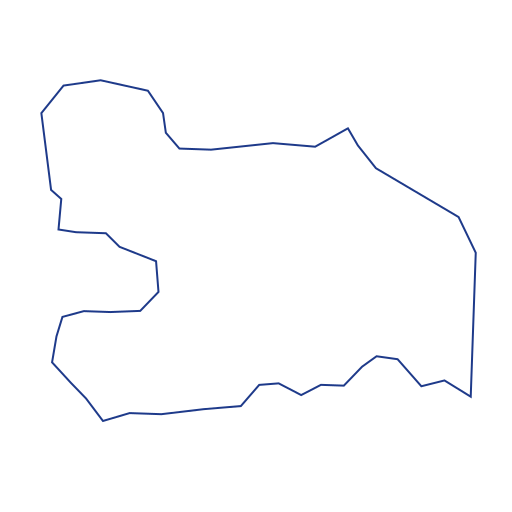 the border of Rabat, rotated 182°
{"feature_id": "MLT-5923", "entity_name": "Rabat", "entity_type": "state/province", "adm_level": 1, "iso_a3": "MLT", "parent_name": "Malta", "parent_adm1": "", "projection": "natural_earth1", "projection_center": [14.386, 35.882], "detail": "fine", "context": "isolated", "style": "outline", "palette": "blue", "viewbox_px": 512, "rotation_deg": 182, "n_neighbors": 0, "source": "natural_earth", "source_scale": "10m", "svg_char_len": 734}
<svg xmlns="http://www.w3.org/2000/svg" viewBox="0 0 512 512"><g transform="rotate(182 256 256)"><path d="M168.6,386.8L158.1,370.1L139.2,347.9L54.9,302.0L36.5,266.9L36.5,122.9L63.3,138.2L86.2,131.6L110.9,157.8L132.0,160.0L146.1,149.1L163.7,129.5L186.6,129.5L206.0,118.6L228.9,129.5L248.3,127.3L265.9,105.5L302.9,101.1L345.1,94.6L376.8,94.6L403.2,85.8L420.9,107.7L436.7,122.9L456.1,142.6L452.6,168.7L447.3,188.4L426.1,194.9L399.7,194.9L369.8,197.1L352.2,216.7L355.7,247.3L392.7,260.4L406.8,273.5L436.7,273.5L454.3,275.6L452.6,306.2L463.1,314.9L475.5,391.3L454.3,419.6L417.4,426.2L369.8,417.4L353.9,395.6L350.4,376.0L336.3,360.7L304.6,360.7L243.0,369.4L200.7,367.3L168.6,386.8Z" fill="none" stroke="#1e3a8a" stroke-width="2"/></g></svg>